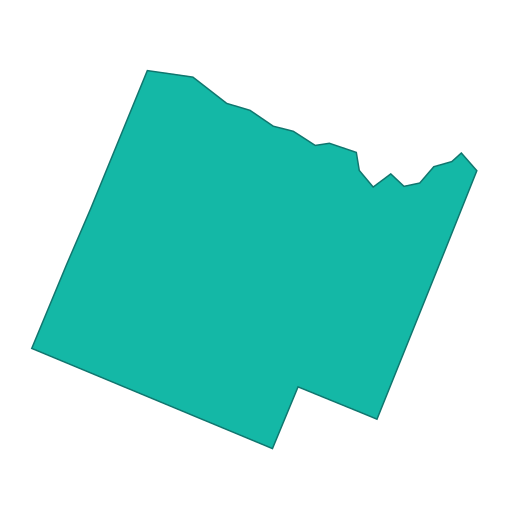 Parke, Indiana, United States of America (Robinson projection), rotated 112°
{"feature_id": "52423323B17417544173704", "entity_name": "Parke", "entity_type": "district", "adm_level": 2, "iso_a3": "USA", "parent_name": "United States of America", "parent_adm1": "Indiana", "projection": "robinson", "projection_center": [-87.293, 39.779], "detail": "fine", "context": "isolated", "style": "filled", "palette": "teal", "viewbox_px": 512, "rotation_deg": 112, "n_neighbors": 0, "source": "geoboundaries", "source_scale": "gbopen_adm2", "svg_char_len": 488}
<svg xmlns="http://www.w3.org/2000/svg" viewBox="0 0 512 512"><g transform="rotate(112 256 256)"><path d="M428.4,168.6L361.6,168.0L361.9,90.0L362.0,82.7L176.9,82.9L94.2,83.2L83.6,104.2L95.1,109.8L106.6,124.6L127.0,131.5L136.0,144.9L129.4,161.8L148.2,173.2L138.0,192.3L122.4,201.8L124.0,230.2L131.3,242.5L126.4,268.1L129.2,288.6L123.2,316.1L125.5,340.3L113.8,381.5L124.8,426.2L274.2,427.0L335.1,428.4L425.7,429.3L428.4,168.6Z" fill="#14b8a6" stroke="#0f766e" stroke-width="1.5"/></g></svg>